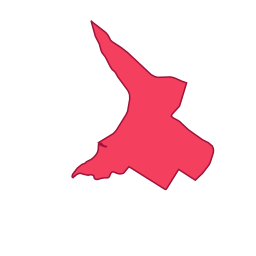 the Province of Al-Basrah, rotated 122°
{"feature_id": "IRQ-3222", "entity_name": "Al-Basrah", "entity_type": "Province", "adm_level": 1, "iso_a3": "IRQ", "parent_name": "Iraq", "parent_adm1": "", "projection": "orthographic", "projection_center": [47.689, 30.202], "detail": "fine", "context": "isolated", "style": "filled", "palette": "rose", "viewbox_px": 256, "rotation_deg": 122, "n_neighbors": 0, "source": "natural_earth", "source_scale": "10m", "svg_char_len": 1664}
<svg xmlns="http://www.w3.org/2000/svg" viewBox="0 0 256 256"><g transform="rotate(122 128 128)"><path d="M155.9,145.2L140.5,137.5L136.4,136.7L118.1,136.7L114.0,137.2L102.5,141.9L98.8,144.4L96.3,147.9L90.2,163.3L87.6,168.2L87.2,169.4L86.9,171.8L86.7,172.7L85.3,175.7L79.9,184.6L77.8,190.1L76.7,191.7L72.1,196.7L67.5,204.3L56.6,216.2L57.1,214.2L58.8,197.6L59.4,195.5L60.2,193.6L62.9,189.1L63.2,187.0L63.4,176.5L64.3,168.2L70.4,137.2L70.4,134.8L70.2,132.7L69.8,131.1L69.2,129.5L62.4,119.3L61.5,117.2L60.9,114.9L59.8,107.3L58.7,102.2L81.8,96.0L83.1,96.1L92.9,97.9L95.0,97.6L95.5,95.3L95.1,89.3L95.2,87.4L95.7,85.1L97.5,75.8L98.5,58.8L97.9,51.9L98.7,46.9L100.1,44.9L101.5,43.7L103.9,42.5L113.7,40.0L116.8,39.8L126.8,40.8L136.6,43.3L136.3,63.1L159.5,63.1L160.2,63.6L160.4,64.6L160.3,104.1L160.4,106.7L167.9,107.7L168.7,108.0L169.4,108.4L170.6,109.7L171.6,111.3L172.2,113.1L172.8,116.7L173.1,117.5L173.7,118.1L174.5,118.4L175.3,118.6L176.2,118.5L178.7,118.1L179.6,118.1L180.5,118.4L181.2,119.0L182.6,121.4L184.9,124.0L187.7,126.5L188.2,127.2L188.5,128.0L188.7,128.9L188.5,129.8L188.0,130.5L187.3,131.1L186.7,131.8L186.6,132.7L186.7,133.3L187.6,135.2L189.1,136.7L189.5,137.6L191.0,141.8L191.1,142.9L191.8,144.5L192.1,145.0L192.6,145.5L193.6,146.2L194.6,146.9L196.8,147.5L197.3,147.7L197.3,147.8L197.3,148.1L199.0,148.1L199.4,148.9L198.5,149.9L196.6,150.4L188.9,149.7L183.4,147.8L180.9,145.9L178.4,145.2L174.4,142.7L171.3,141.6L168.0,141.0L165.0,141.0L162.3,141.7L157.4,144.4L156.9,142.2L156.6,139.8L156.1,137.5L154.9,136.0L155.8,138.6L155.9,139.6L155.7,140.7L155.4,141.7L155.4,142.6L155.9,143.3L155.9,145.2Z" fill="#f43f5e" stroke="#9f1239" stroke-width="1.5"/></g></svg>